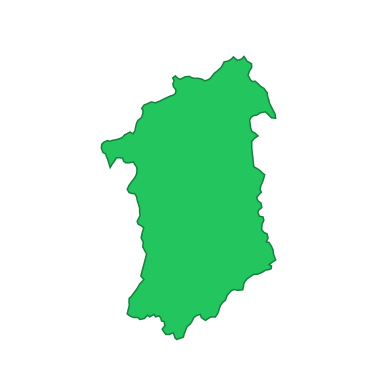 outline of Amparo, São Paulo, Brazil, rotated 18°
{"feature_id": "56859067B40101041849394", "entity_name": "Amparo", "entity_type": "district", "adm_level": 2, "iso_a3": "BRA", "parent_name": "Brazil", "parent_adm1": "São Paulo", "projection": "robinson", "projection_center": [-46.803, -22.697], "detail": "fine", "context": "isolated", "style": "filled", "palette": "green", "viewbox_px": 384, "rotation_deg": 18, "n_neighbors": 0, "source": "geoboundaries", "source_scale": "gbopen_adm2", "svg_char_len": 3104}
<svg xmlns="http://www.w3.org/2000/svg" viewBox="0 0 384 384"><g transform="rotate(18 192 192)"><path d="M255.7,153.0L253.3,152.3L250.3,150.7L246.6,149.6L243.0,148.9L235.4,132.1L233.2,125.6L234.6,121.9L237.5,118.2L233.4,116.4L230.3,115.9L228.1,113.1L226.4,109.6L224.6,105.8L225.1,102.8L226.8,100.4L229.9,98.8L232.2,95.8L236.9,93.1L240.6,94.8L244.5,96.9L248.7,96.0L247.0,92.3L240.7,86.0L238.0,83.3L236.8,81.0L234.6,78.2L232.8,74.3L230.3,72.7L228.4,71.2L225.5,70.6L223.0,69.5L220.1,68.1L217.7,67.1L215.4,68.3L213.0,67.3L209.2,63.7L209.2,59.5L210.3,55.0L209.0,51.7L206.1,50.9L203.7,50.6L201.5,48.4L199.5,47.0L198.2,50.1L194.7,52.7L191.9,51.7L189.6,50.7L188.4,53.4L186.0,56.2L182.3,58.3L181.9,61.7L181.1,64.9L179.6,67.3L178.2,69.8L176.6,72.0L174.3,78.3L172.5,80.4L169.9,82.3L166.9,81.7L162.8,81.9L158.9,83.2L156.4,83.3L153.7,82.9L149.9,84.5L147.6,86.8L145.8,88.6L143.0,88.1L140.3,86.7L138.4,89.6L140.6,91.6L140.4,95.1L141.7,97.4L145.1,99.8L145.9,103.2L144.2,105.6L141.4,107.7L139.2,109.8L136.4,112.3L133.1,115.7L129.7,118.4L125.3,119.0L122.9,121.3L119.5,124.2L118.3,128.1L120.3,129.6L121.0,132.8L121.0,136.8L118.5,140.5L118.0,143.5L118.3,147.7L118.9,151.4L117.9,154.9L114.5,154.1L112.1,156.7L110.3,158.4L108.9,161.7L106.8,163.5L104.0,165.5L100.3,167.5L98.4,169.2L95.6,169.2L92.8,171.8L91.4,174.5L92.2,178.3L95.1,181.9L98.3,182.6L99.8,185.0L101.8,187.0L103.6,189.7L106.6,194.0L107.4,190.4L108.6,186.7L109.6,182.8L112.5,181.8L115.5,181.3L117.5,183.8L119.8,184.7L123.1,183.7L127.1,181.6L129.1,183.5L131.6,185.4L132.9,188.0L133.7,191.4L133.4,194.8L132.5,198.0L131.2,201.5L130.0,205.4L129.6,209.5L132.4,212.0L134.9,212.0L138.2,211.4L140.7,213.6L142.8,217.3L144.7,219.9L147.0,223.2L148.5,227.6L149.9,230.3L148.9,236.9L150.9,239.3L154.0,239.7L157.2,241.0L157.2,245.6L157.8,251.4L161.2,254.8L162.1,259.4L168.0,265.1L169.3,287.7L173.3,290.1L170.8,295.4L169.4,301.7L167.9,305.8L166.6,310.0L165.1,312.5L166.0,315.8L167.4,319.2L167.7,323.3L168.0,327.9L170.7,328.9L173.2,329.3L175.6,329.3L179.1,328.1L181.9,329.3L185.8,327.0L187.8,322.9L190.4,323.9L193.6,320.2L196.1,322.0L199.0,319.9L201.4,321.7L202.9,324.1L205.6,323.9L207.5,327.7L206.0,331.6L207.8,333.2L211.1,335.6L214.8,334.4L217.4,331.7L219.2,333.5L220.9,336.0L223.0,337.0L226.0,334.7L228.7,332.7L228.4,329.6L228.7,324.6L228.8,321.7L231.1,318.2L232.1,314.5L232.5,311.1L234.3,308.3L237.5,305.8L239.9,308.7L244.5,309.9L246.7,307.1L248.7,304.9L252.9,303.7L253.7,300.7L254.2,297.6L254.0,294.7L254.1,291.3L255.1,288.0L257.2,284.5L257.3,280.2L258.2,277.2L260.0,273.5L262.2,271.7L265.9,271.4L270.5,269.3L270.1,266.0L269.6,262.3L271.1,257.8L273.4,254.7L275.9,251.5L279.6,250.0L282.9,247.3L284.6,245.5L286.2,243.4L289.1,242.1L291.0,240.4L290.5,237.8L287.6,237.3L290.3,233.6L292.6,230.8L290.9,228.7L288.6,225.7L287.0,222.0L283.8,218.6L280.8,216.2L278.1,216.5L278.6,212.3L276.3,208.6L272.9,208.2L269.9,206.3L268.6,201.2L269.1,196.8L267.3,193.8L263.6,194.2L260.9,191.0L261.2,188.3L263.2,185.2L261.0,181.2L257.7,180.2L255.2,177.4L256.6,173.4L258.1,170.8L256.1,168.7L255.5,165.4L256.0,160.0L256.0,156.6L255.7,153.0Z" fill="#22c55e" stroke="#15803d" stroke-width="1.5"/></g></svg>